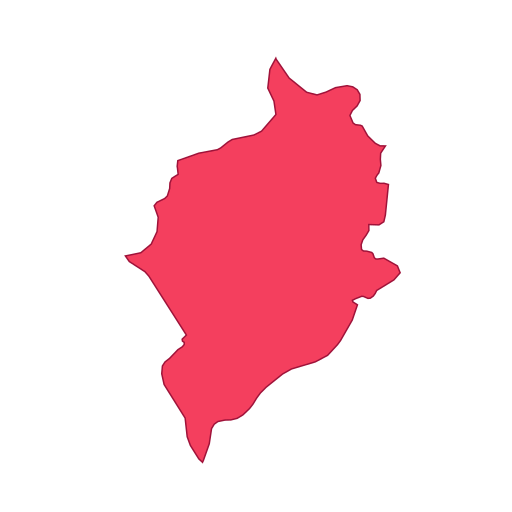 an SVG outline of Vorarlberg, rotated 40°
{"feature_id": "AUT-2320", "entity_name": "Vorarlberg", "entity_type": "State", "adm_level": 1, "iso_a3": "AUT", "parent_name": "Austria", "parent_adm1": "", "projection": "mercator", "projection_center": [9.893, 47.218], "detail": "fine", "context": "isolated", "style": "filled", "palette": "rose", "viewbox_px": 512, "rotation_deg": 40, "n_neighbors": 0, "source": "natural_earth", "source_scale": "10m", "svg_char_len": 1861}
<svg xmlns="http://www.w3.org/2000/svg" viewBox="0 0 512 512"><g transform="rotate(40 256 256)"><path d="M254.4,368.5L252.9,367.2L253.5,361.3L186.9,340.3L181.0,339.4L162.5,341.7L155.9,339.9L158.4,336.8L164.4,329.2L165.7,327.5L168.1,314.1L167.5,312.1L165.9,306.0L164.5,300.9L156.2,289.2L151.0,286.1L145.7,283.0L145.6,278.5L149.1,270.7L149.5,267.0L146.5,259.8L143.1,255.3L141.6,250.7L142.5,247.7L143.9,243.5L139.4,239.2L138.0,238.0L134.8,233.2L146.1,214.0L158.1,199.4L159.5,195.9L161.3,186.7L162.9,182.0L176.6,164.7L180.0,156.8L180.3,134.8L170.2,125.8L157.1,119.8L146.7,104.1L146.0,101.0L144.1,91.8L144.9,92.3L146.4,92.7L167.0,98.4L189.6,98.0L199.2,93.4L204.3,85.4L208.7,75.9L216.3,67.0L221.4,64.2L226.7,63.6L231.7,65.4L235.8,70.0L237.0,76.1L236.3,82.5L237.6,88.0L244.8,91.7L247.7,91.5L252.0,88.7L253.8,88.2L264.4,92.2L274.9,93.0L280.2,91.9L284.4,88.5L285.4,97.1L289.1,102.0L293.5,106.4L296.7,113.5L296.7,115.0L296.8,116.6L297.4,119.7L301.2,122.0L304.3,120.6L307.5,117.9L311.5,116.1L328.8,141.5L331.9,147.6L330.2,153.1L322.2,159.4L326.1,163.9L327.0,169.3L327.4,174.9L329.3,179.8L332.7,183.2L335.1,183.1L337.7,181.1L342.4,178.9L344.1,179.1L347.8,181.3L349.6,181.3L351.1,180.2L355.3,175.5L370.7,172.7L377.2,176.2L377.0,185.6L370.6,204.8L371.4,208.2L371.6,211.3L370.7,214.8L369.0,216.5L364.3,217.9L362.9,218.9L359.7,224.7L358.3,228.0L359.8,228.9L365.1,228.2L370.9,243.2L375.1,266.5L375.4,271.6L374.7,286.0L369.5,298.9L355.8,319.7L352.2,329.3L348.1,350.0L347.4,358.1L347.8,364.3L348.9,371.5L349.1,377.1L348.1,386.1L345.9,392.5L342.1,397.7L337.7,401.6L333.2,407.3L332.1,411.7L332.9,416.8L340.9,429.9L347.2,446.7L347.5,448.2L347.6,448.4L342.7,448.2L327.5,443.3L319.5,438.7L305.9,425.7L268.2,413.5L259.5,406.8L255.0,400.4L254.4,395.6L255.6,390.0L256.4,377.9L257.9,373.0L257.9,369.9L256.5,368.3L254.4,368.5Z" fill="#f43f5e" stroke="#9f1239" stroke-width="1.5"/></g></svg>